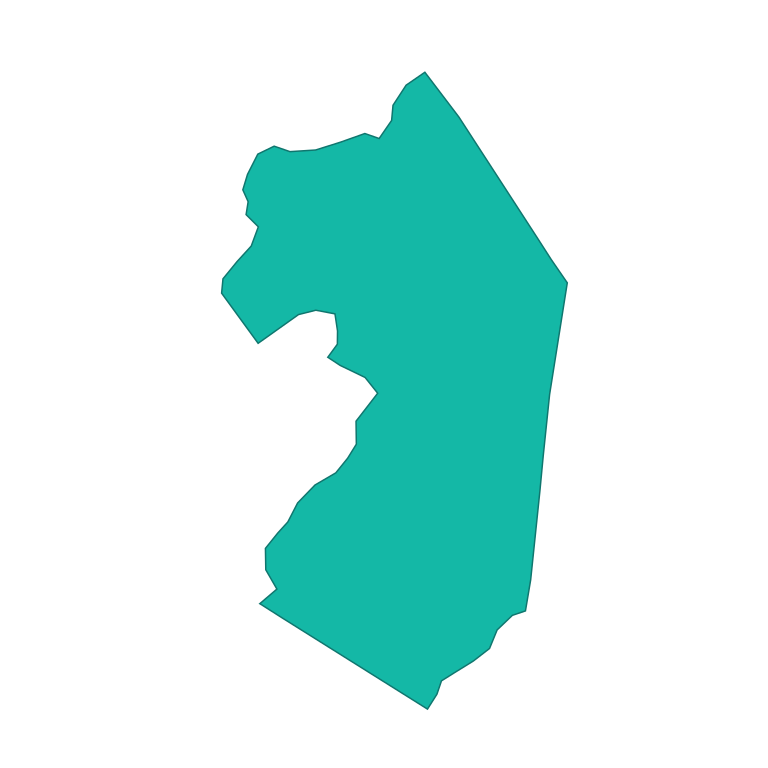 outline of Ermo, Santa Catarina, Brazil, rotated 279°
{"feature_id": "56859067B75265848961106", "entity_name": "Ermo", "entity_type": "district", "adm_level": 2, "iso_a3": "BRA", "parent_name": "Brazil", "parent_adm1": "Santa Catarina", "projection": "mercator", "projection_center": [-49.65, -28.985], "detail": "fine", "context": "isolated", "style": "filled", "palette": "teal", "viewbox_px": 768, "rotation_deg": 279, "n_neighbors": 0, "source": "geoboundaries", "source_scale": "gbopen_adm2", "svg_char_len": 924}
<svg xmlns="http://www.w3.org/2000/svg" viewBox="0 0 768 768"><g transform="rotate(279 384 384)"><path d="M591.3,223.4L569.7,216.4L553.7,214.2L542.8,221.3L529.7,221.3L519.6,235.3L499.5,231.3L481.9,219.7L462.7,208.5L448.3,209.4L404.5,253.3L439.2,288.7L446.2,305.1L445.6,324.6L429.1,329.8L416.0,331.7L401.6,324.3L395.5,337.8L387.5,364.3L373.9,379.2L360.0,371.6L342.9,362.2L320.2,366.1L305.0,359.7L288.7,350.3L273.5,331.7L253.0,317.3L232.7,310.6L220.2,302.4L203.1,292.6L182.0,296.3L164.7,310.3L147.6,295.7L136.1,322.2L69.7,477.8L85.9,484.8L99.8,487.2L109.4,498.2L124.4,515.6L139.3,529.6L158.8,534.2L175.6,547.0L182.0,559.2L213.5,559.5L303.1,554.7L338.1,552.5L399.7,549.2L473.7,549.2L512.6,549.2L533.2,529.6L551.6,513.2L659.4,416.2L698.3,375.6L682.6,359.1L660.7,349.3L645.5,350.3L625.7,340.8L628.4,325.9L616.1,303.3L604.4,279.8L598.8,254.8L601.7,238.3L591.3,223.4Z" fill="#14b8a6" stroke="#0f766e" stroke-width="1.5"/></g></svg>